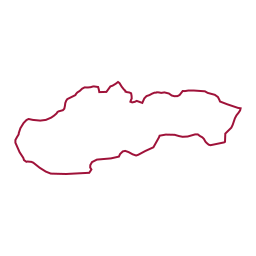 the border of Slovakia
{"feature_id": "SVK", "entity_name": "Slovakia", "entity_type": "country or territory", "adm_level": 0, "iso_a3": "SVK", "parent_name": "Europe", "parent_adm1": "", "projection": "robinson", "projection_center": [19.621, 48.681], "detail": "fine", "context": "isolated", "style": "outline", "palette": "rose", "viewbox_px": 256, "rotation_deg": 0, "n_neighbors": 0, "source": "natural_earth", "source_scale": "50m", "svg_char_len": 1756}
<svg xmlns="http://www.w3.org/2000/svg" viewBox="0 0 256 256"><path d="M240.6,108.3L240.1,110.4L238.5,112.8L236.5,115.3L234.9,118.3L232.7,124.8L231.3,127.7L225.3,133.6L225.0,141.8L224.1,142.4L210.5,145.2L208.7,144.7L206.8,143.1L205.7,142.0L205.1,141.1L203.9,138.9L202.3,137.3L199.9,136.0L197.8,134.4L195.1,134.4L187.7,136.5L182.6,136.8L179.1,136.1L174.6,134.8L165.7,134.6L159.6,135.7L159.0,137.3L153.4,147.3L145.3,151.0L138.2,154.8L136.1,155.5L132.6,154.3L128.6,152.1L125.2,150.9L122.8,151.4L120.1,154.0L118.9,156.6L110.9,158.4L96.9,159.6L92.0,162.1L90.3,165.1L90.2,167.5L91.4,169.5L89.9,171.8L89.2,172.8L79.3,173.3L66.1,174.0L58.2,173.8L50.8,173.6L45.8,171.6L39.6,167.7L33.2,162.6L32.5,162.4L31.6,161.9L27.5,161.5L26.4,161.8L24.0,160.1L23.3,157.9L19.6,152.2L15.4,142.7L15.4,140.0L17.1,136.9L18.6,134.5L18.9,132.6L19.1,132.1L20.4,128.2L23.6,123.0L26.5,120.0L28.6,119.0L32.9,119.9L40.2,120.6L45.9,119.9L51.2,117.6L54.1,115.6L56.6,113.4L57.4,112.1L58.5,111.4L62.9,110.2L64.3,108.7L64.9,106.0L65.3,103.0L66.2,100.7L67.3,99.1L75.4,95.1L76.1,93.8L77.4,92.4L79.8,90.9L82.1,88.7L84.6,87.4L87.7,87.5L90.6,87.2L92.9,86.5L93.9,86.4L98.1,87.0L98.8,89.5L99.3,92.1L106.4,91.9L110.4,86.4L112.5,85.7L115.8,83.7L118.0,82.0L119.5,83.1L121.7,86.7L124.0,89.6L125.3,90.7L125.4,91.6L126.8,92.1L129.4,92.5L131.1,93.3L131.6,96.0L131.7,98.5L130.9,100.2L130.4,101.7L132.2,102.4L134.9,101.8L136.7,100.9L142.3,102.9L144.3,98.4L146.5,96.1L149.4,95.1L152.0,93.7L154.4,92.7L156.0,92.7L156.8,92.3L158.8,92.4L161.2,92.9L164.4,92.4L168.9,93.5L171.7,95.5L174.4,96.2L177.5,96.1L179.6,95.0L182.7,91.0L184.9,91.1L188.5,90.5L193.4,90.5L204.9,91.3L207.7,92.9L214.8,94.8L217.9,97.0L219.3,99.7L220.0,101.5L227.3,104.3L238.0,107.9L240.6,108.3Z" fill="none" stroke="#9f1239" stroke-width="2"/></svg>